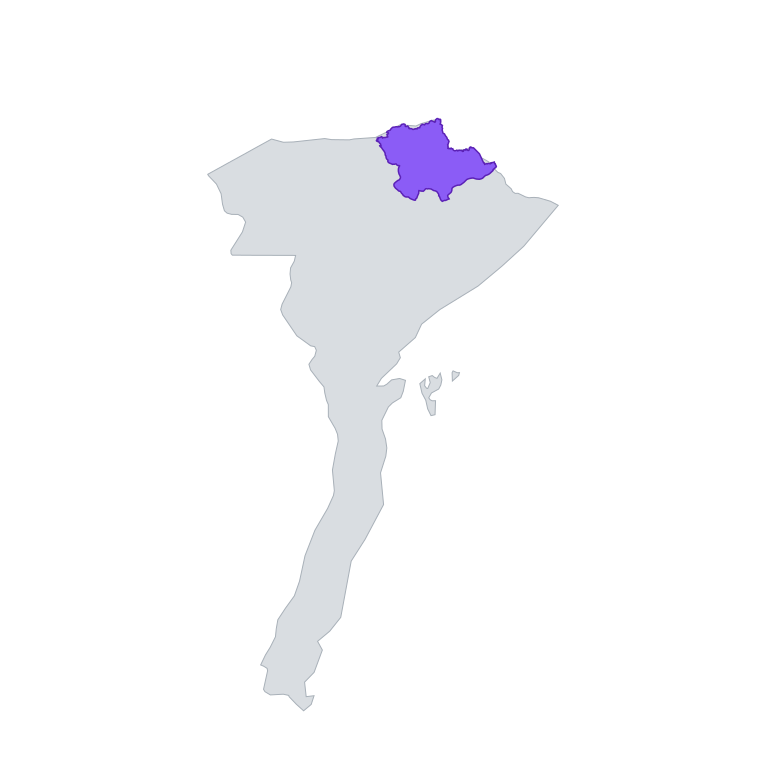 location of Sela, Anseba, Eritrea, rotated 67°
{"feature_id": "51966322B36323877774800", "entity_name": "Sela", "entity_type": "district", "adm_level": 2, "iso_a3": "ERI", "parent_name": "Eritrea", "parent_adm1": "Anseba", "projection": "orthographic", "projection_center": [37.406, 16.89], "detail": "fine", "context": "in_parent", "style": "filled", "palette": "violet", "viewbox_px": 768, "rotation_deg": 67, "n_neighbors": 0, "source": "geoboundaries", "source_scale": "gbopen_adm2", "svg_char_len": 8382}
<svg xmlns="http://www.w3.org/2000/svg" viewBox="0 0 768 768"><g transform="rotate(67 384 384)"><path d="M122.1,464.3L119.6,440.5L118.0,424.6L116.2,407.7L114.6,391.8L122.2,382.1L125.8,372.8L134.9,342.7L138.6,336.7L145.7,320.6L146.7,315.9L153.7,295.6L153.1,282.1L151.7,268.4L155.6,260.3L159.0,253.8L158.8,248.4L160.3,235.6L161.4,232.5L165.6,232.3L174.1,233.9L180.4,232.6L187.7,232.6L193.3,232.2L196.6,228.4L201.1,213.5L204.0,210.5L206.3,209.6L212.7,206.9L218.1,202.5L222.6,199.4L224.2,198.8L229.0,198.4L233.7,196.5L235.8,194.4L241.8,192.8L247.6,193.7L251.5,191.8L254.1,190.6L257.1,190.5L259.8,188.8L260.8,186.1L262.6,184.5L267.1,180.6L269.2,177.8L270.1,175.0L271.0,172.7L273.0,168.9L280.8,159.4L287.6,153.8L311.8,201.5L321.7,229.7L330.6,259.2L337.3,303.5L343.6,326.0L353.5,337.0L360.4,358.0L366.2,358.7L370.4,364.5L377.8,384.2L383.0,391.5L385.7,385.1L385.3,381.5L383.2,375.4L385.0,367.5L389.0,362.8L398.2,369.1L403.2,373.9L404.7,383.6L406.8,388.9L416.6,400.2L424.7,403.4L435.2,404.1L444.0,406.4L451.1,410.5L464.4,421.9L494.8,431.5L519.6,462.1L534.2,483.4L581.9,515.0L590.3,530.5L594.9,545.7L604.8,544.7L622.1,561.0L627.4,573.6L641.4,577.8L643.6,570.2L650.5,576.2L653.4,585.7L644.6,589.8L634.8,593.5L633.4,593.4L630.2,597.9L625.8,610.1L620.7,613.8L618.0,614.2L602.5,603.2L600.1,602.7L596.8,605.0L594.4,607.3L587.1,599.0L581.8,591.5L574.3,582.7L567.2,578.8L559.5,573.8L551.8,562.2L544.0,549.3L532.5,538.8L511.2,523.8L491.6,504.7L476.5,484.5L466.9,474.1L462.8,471.4L443.1,465.1L429.2,456.0L418.6,448.4L412.1,446.4L405.8,446.3L392.4,448.0L381.2,443.3L376.6,443.3L369.1,442.0L363.2,440.4L356.4,442.5L342.3,446.1L336.5,445.4L333.3,440.6L331.4,436.9L326.5,433.1L322.5,433.2L320.2,436.6L305.6,445.4L280.9,450.3L275.1,450.0L270.7,446.6L258.2,431.8L254.6,429.4L251.8,429.2L246.0,427.5L240.6,424.6L235.9,418.6L231.1,415.1L226.0,427.0L217.1,447.8L212.3,459.0L206.1,473.3L204.2,473.8L201.0,472.7L188.7,454.9L180.9,448.1L175.2,448.8L170.9,452.1L168.3,458.0L165.4,461.7L162.2,463.2L155.5,462.4L145.2,459.6L134.5,460.1L123.6,464.2L122.1,464.3ZM410.8,343.8L414.2,348.2L416.5,347.7L418.3,346.2L419.5,343.1L432.2,349.0L431.5,353.1L424.0,353.5L415.3,351.9L407.3,352.6L397.7,350.9L395.4,344.0L401.5,347.3L404.7,346.4L405.2,345.5L400.8,340.9L394.8,340.0L395.1,336.3L397.8,334.8L399.5,333.0L395.9,328.0L402.8,329.1L407.1,332.1L410.0,335.6L410.8,343.8ZM405.3,311.9L408.0,319.9L400.2,316.9L398.9,315.3L402.3,312.1L403.0,310.1L405.3,311.9Z" fill="#d9dde1" stroke="#a8b0b8" stroke-width="1"/><path d="M230.1,200.2L229.7,200.2L229.3,199.7L229.0,199.3L229.1,198.6L228.9,198.2L228.6,197.9L228.5,197.2L228.5,196.8L228.4,196.5L228.2,196.2L227.7,195.9L227.6,195.6L227.4,195.6L227.2,195.7L226.9,195.8L226.5,195.5L225.7,195.7L224.8,195.5L224.7,195.6L224.6,195.9L224.1,196.0L222.8,195.7L222.7,196.4L222.7,197.3L222.4,197.9L222.4,198.1L222.5,198.4L222.3,198.6L222.2,198.9L222.4,198.9L222.4,199.1L222.7,199.2L222.8,200.0L222.5,200.6L221.8,201.5L221.6,202.0L221.8,202.6L221.3,203.2L221.4,203.4L221.2,203.8L221.2,204.4L221.1,204.7L221.1,205.5L219.8,205.2L219.4,205.9L209.4,206.2L201.6,209.3L201.1,210.4L200.8,210.8L200.4,210.9L200.4,211.6L200.0,211.5L199.6,211.8L199.7,212.5L200.1,213.2L200.8,213.7L201.6,214.0L202.0,214.6L202.0,215.2L201.9,215.4L201.2,215.8L200.2,215.9L200.0,216.1L199.9,216.6L200.3,216.8L200.5,217.1L199.9,217.3L200.1,217.6L200.1,217.9L200.2,218.1L199.9,218.6L199.7,218.8L199.9,219.1L200.1,219.7L200.8,220.0L200.7,220.7L200.4,221.0L199.6,221.0L199.0,221.9L198.8,222.6L198.6,223.0L198.1,223.5L198.1,224.0L198.3,224.9L198.2,225.1L197.5,225.3L197.2,225.6L197.2,226.0L197.3,226.3L197.1,227.4L197.1,227.6L196.3,228.5L195.3,228.9L194.3,228.8L194.2,229.4L193.9,229.6L193.8,229.8L193.6,230.0L193.3,230.0L193.5,230.7L193.3,230.8L193.2,231.0L192.8,231.1L192.8,231.7L192.9,231.9L192.8,232.3L192.1,232.7L192.0,233.1L191.7,233.0L191.2,232.5L190.4,232.5L190.0,232.0L188.9,232.0L188.7,232.0L188.4,231.7L188.3,231.3L188.2,231.1L186.7,230.1L186.5,229.6L186.2,229.4L185.3,229.4L184.8,229.3L184.4,229.5L184.1,229.8L183.8,229.9L183.3,230.0L182.8,229.9L182.2,230.0L181.6,229.8L180.9,230.0L179.8,230.4L179.1,230.4L178.2,230.6L177.4,230.6L177.0,230.9L176.5,231.5L176.0,231.6L175.3,231.6L174.1,231.3L173.1,231.3L172.6,231.0L171.7,230.3L171.5,230.2L171.0,230.3L170.4,230.3L168.8,229.2L168.2,229.7L167.6,229.8L167.1,230.3L166.9,230.8L166.6,230.8L165.9,230.1L165.4,229.7L165.0,229.4L164.4,229.5L164.3,229.4L164.4,229.2L164.0,228.9L163.4,229.0L162.8,228.6L162.5,228.8L162.3,228.8L162.2,229.0L162.0,229.4L162.2,229.7L162.0,230.1L161.8,230.2L160.7,230.7L160.4,231.6L160.9,233.1L161.4,233.8L161.6,233.9L162.4,234.0L162.6,234.2L162.9,234.7L162.9,235.0L162.2,235.4L162.1,235.6L161.7,235.9L161.6,236.1L161.2,236.5L160.9,236.7L160.6,237.2L160.0,237.5L160.2,239.0L160.3,239.5L160.8,240.0L161.4,240.5L161.4,241.1L161.6,241.7L161.5,242.1L160.9,242.8L160.6,244.0L160.6,244.3L161.2,245.1L161.3,245.4L160.8,245.9L160.4,246.6L160.1,246.9L159.8,247.4L160.2,247.9L160.3,248.4L160.2,248.7L160.5,249.1L160.7,249.6L161.4,250.5L161.8,250.8L162.0,250.9L161.9,251.7L161.4,252.7L161.4,252.9L161.6,253.4L162.1,254.0L161.6,254.4L161.5,254.8L161.5,255.2L161.2,255.5L161.2,255.9L161.4,256.2L161.1,256.6L161.1,257.8L160.7,258.2L160.0,258.6L159.7,258.9L159.3,259.6L159.2,260.2L158.9,260.5L158.8,261.0L158.6,261.1L158.4,261.1L158.1,260.8L157.6,261.1L156.9,261.1L155.9,261.3L155.6,261.7L155.6,262.1L155.7,262.8L155.6,263.2L155.3,263.6L154.8,263.7L153.7,263.2L153.4,263.2L153.0,263.4L152.9,263.6L152.6,263.9L152.5,264.2L152.2,264.5L152.1,265.6L151.9,266.2L152.1,266.7L152.9,267.8L153.1,268.1L153.1,269.4L152.9,269.8L152.7,270.9L152.3,271.5L152.0,272.0L151.5,274.5L151.2,275.0L151.1,276.0L151.7,277.4L151.9,278.0L152.7,279.0L152.8,279.3L152.7,279.7L152.7,280.4L152.6,281.0L152.7,281.5L152.7,282.2L153.2,283.0L153.7,283.2L154.4,282.3L154.5,281.9L154.9,282.0L155.0,282.3L155.4,282.7L155.9,283.3L155.8,283.9L156.3,283.8L157.1,284.0L157.8,283.9L158.0,284.0L158.0,284.8L157.7,285.0L157.6,286.8L157.0,287.7L157.0,289.1L156.8,289.2L156.8,289.3L156.5,289.3L156.1,289.2L155.6,289.4L155.3,289.6L155.5,290.4L155.4,290.7L155.6,291.1L155.4,291.6L155.3,292.3L155.1,292.4L155.1,292.5L155.1,293.4L155.4,293.1L155.6,293.1L155.7,293.3L155.6,293.8L155.7,294.0L156.5,294.2L156.9,294.2L157.0,294.5L156.8,295.0L156.3,295.0L156.8,295.5L156.9,295.8L157.0,295.9L157.3,295.9L157.3,295.7L158.4,295.1L158.8,294.3L160.7,293.9L161.0,293.6L161.5,293.4L162.3,293.6L163.1,293.5L163.5,293.7L163.1,294.1L163.0,294.8L163.6,294.8L164.4,294.5L165.2,294.0L165.9,293.9L166.1,293.8L166.9,293.7L168.4,293.3L168.7,293.3L169.3,293.0L170.2,293.0L170.7,292.8L172.1,292.8L172.4,292.9L172.6,293.1L172.9,293.1L173.7,293.4L174.9,293.1L175.6,293.4L177.1,293.7L178.3,293.5L179.4,292.9L180.6,293.5L181.8,293.4L182.1,293.2L182.5,292.8L182.8,292.6L184.6,290.8L185.1,290.5L185.3,289.6L185.8,288.5L186.0,287.3L186.3,286.8L186.7,286.7L187.3,286.6L188.0,286.2L188.4,285.8L188.7,284.9L189.2,284.4L189.4,284.5L190.2,285.6L191.3,286.5L192.2,287.0L193.7,287.6L194.5,287.8L196.6,288.1L198.6,287.9L199.0,288.0L199.8,287.9L200.7,288.4L201.3,289.0L201.9,290.0L202.1,290.7L202.0,291.3L202.1,292.0L202.6,293.9L203.2,295.7L203.5,296.3L204.1,296.8L204.6,297.1L205.9,297.4L208.2,296.9L210.7,295.6L211.8,295.2L212.1,295.0L213.0,293.8L213.3,293.6L215.3,293.3L217.0,292.6L217.6,292.7L218.1,292.6L219.1,291.8L219.9,291.4L220.6,290.3L221.0,289.3L221.5,288.4L223.4,287.5L224.1,286.9L226.1,284.9L226.9,283.8L227.0,283.2L226.7,282.9L226.3,282.7L226.0,282.4L225.6,281.3L225.5,280.9L225.2,280.8L223.6,279.3L222.1,277.6L219.8,276.5L219.6,276.3L219.7,276.1L220.9,274.5L221.5,273.2L221.9,272.7L221.7,271.7L221.0,270.2L220.7,269.8L220.6,269.4L220.7,268.8L221.5,267.6L221.6,266.7L222.4,265.3L223.1,264.3L225.1,262.9L225.5,262.5L226.2,261.4L226.8,260.8L228.1,260.0L229.1,259.9L229.5,259.7L230.6,259.6L231.4,259.7L231.7,259.8L232.1,260.1L232.3,259.9L233.2,259.7L236.4,259.8L237.1,259.7L238.6,259.0L238.6,256.7L238.7,256.4L238.9,256.1L239.0,255.8L239.1,255.5L239.0,252.9L239.1,251.7L238.6,251.7L237.7,252.1L236.2,252.0L235.3,251.7L234.8,250.7L234.4,249.2L233.8,247.4L232.6,246.1L230.5,245.0L229.9,243.9L229.6,242.0L229.6,240.0L229.8,238.3L230.5,236.6L230.5,235.2L229.6,231.6L228.7,229.4L228.1,227.8L228.1,226.4L228.3,224.8L228.8,222.6L229.3,221.3L230.5,220.0L231.5,218.7L232.8,216.2L233.1,214.5L233.1,213.0L232.7,211.7L232.2,210.7L231.7,208.9L231.9,207.7L231.9,205.7L231.5,204.1L230.1,200.2Z" fill="#8b5cf6" stroke="#5b21b6" stroke-width="1.5"/></g></svg>